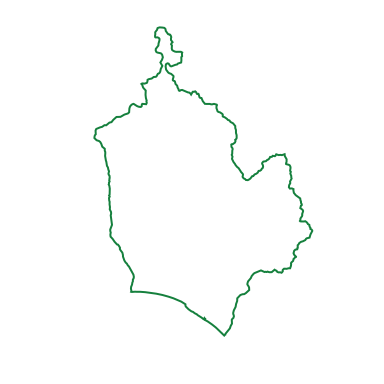 Chincha, Ica, Peru (Mercator projection), rotated 306°
{"feature_id": "86281439B74998142298356", "entity_name": "Chincha", "entity_type": "district", "adm_level": 2, "iso_a3": "PER", "parent_name": "Peru", "parent_adm1": "Ica", "projection": "mercator", "projection_center": [-75.886, -13.298], "detail": "fine", "context": "isolated", "style": "outline", "palette": "green", "viewbox_px": 384, "rotation_deg": 306, "n_neighbors": 0, "source": "geoboundaries", "source_scale": "gbopen_adm2", "svg_char_len": 5998}
<svg xmlns="http://www.w3.org/2000/svg" viewBox="0 0 384 384"><g transform="rotate(306 192 192)"><path d="M75.5,201.4L75.8,202.1L77.5,204.1L80.9,208.9L83.5,213.1L88.7,222.8L91.3,228.6L93.5,234.5L95.1,239.5L97.0,247.8L97.3,252.7L96.2,253.5L95.7,254.3L95.1,258.1L95.1,261.7L95.6,263.3L95.5,265.5L95.9,267.9L95.7,268.8L96.0,273.4L95.9,276.1L96.3,276.5L96.5,276.2L97.0,276.2L96.7,276.6L97.1,276.6L97.2,277.2L96.5,277.6L96.3,276.9L96.1,277.6L96.5,280.8L96.6,286.0L96.4,290.9L94.8,302.4L95.5,302.4L96.2,302.8L96.9,302.4L103.9,302.8L106.5,302.0L109.0,301.7L112.0,299.3L112.6,299.2L114.5,299.5L116.0,299.0L116.9,298.1L117.6,297.0L118.6,296.3L120.9,295.4L124.7,294.8L127.3,293.5L130.4,292.6L132.6,291.1L137.1,291.7L138.9,292.9L140.1,294.3L141.9,295.0L146.3,295.9L148.2,294.4L148.8,293.5L149.7,291.2L150.6,290.6L152.6,289.9L156.9,290.2L159.1,289.7L161.9,289.9L163.1,290.2L169.1,293.9L169.9,297.7L170.6,298.3L171.2,299.5L172.0,299.9L172.5,301.6L174.0,303.6L177.7,304.5L177.7,305.7L178.0,306.6L177.5,307.9L177.8,309.2L178.9,310.6L179.3,311.9L180.1,312.1L181.3,312.0L182.0,311.3L182.5,311.2L184.1,311.6L185.5,313.7L187.2,315.1L188.0,316.2L190.3,315.5L192.1,314.5L192.5,314.0L193.3,313.8L195.7,314.3L197.6,313.5L198.4,313.8L199.6,313.7L200.6,314.3L200.8,314.2L201.3,311.4L201.7,311.0L201.8,310.6L202.2,310.1L204.6,309.2L206.1,309.5L207.5,310.8L208.5,310.2L209.0,310.4L211.0,308.8L212.2,309.0L213.7,308.8L215.8,309.5L217.3,310.7L219.7,311.9L221.2,311.8L221.9,312.0L224.2,313.9L227.3,312.8L231.2,312.2L231.6,311.8L231.9,310.8L231.7,309.4L232.6,308.9L233.1,307.5L234.4,306.2L234.2,304.6L234.6,303.9L235.0,302.2L234.9,300.7L234.1,300.1L232.6,298.0L231.9,296.8L232.0,296.3L232.9,296.2L234.3,295.3L237.2,295.2L238.3,294.7L238.8,294.1L241.5,293.3L242.0,293.0L242.6,291.9L242.6,289.1L244.9,288.2L245.9,288.5L246.6,288.0L247.2,286.7L248.5,285.6L249.0,284.7L250.4,283.3L250.4,277.8L251.2,274.9L252.9,273.1L254.0,272.4L253.6,270.7L252.3,269.2L252.8,267.6L254.6,266.6L256.9,266.3L258.2,265.1L261.4,264.7L262.3,263.6L263.3,262.9L264.7,260.7L266.4,260.1L266.8,258.9L269.5,257.5L270.4,256.6L271.0,255.4L270.9,254.3L269.9,251.8L270.5,251.2L271.9,250.8L274.1,249.3L275.6,246.0L277.0,244.7L274.7,243.1L274.0,241.7L272.8,240.4L272.0,238.0L270.3,238.2L269.7,238.0L268.7,236.0L267.3,235.9L266.3,234.6L264.5,234.9L262.6,234.4L262.2,234.0L260.4,233.7L258.5,231.8L256.9,231.7L256.1,232.1L255.3,233.7L254.2,234.7L252.9,235.1L252.0,234.8L250.5,235.0L249.1,234.5L248.2,233.5L246.3,233.8L244.6,233.3L243.0,232.3L240.9,232.2L240.2,231.4L237.2,231.3L235.9,230.9L234.4,230.2L233.4,228.5L233.7,227.5L233.4,225.7L234.0,224.0L236.0,223.1L236.5,222.4L237.1,219.6L237.4,219.1L238.7,215.7L238.8,213.7L239.4,211.4L240.0,210.2L240.6,208.1L242.3,204.9L244.4,204.0L245.4,202.3L246.5,202.1L249.1,200.3L250.6,199.7L251.2,199.0L251.7,197.4L253.5,195.9L253.9,196.0L254.8,196.9L257.3,197.7L258.9,197.2L259.5,196.3L261.0,196.6L261.9,196.4L264.2,194.7L265.6,192.9L268.0,191.1L269.2,189.4L270.8,188.2L271.7,184.8L271.3,182.0L271.9,180.2L271.4,178.7L271.7,177.4L271.7,174.7L271.2,172.6L271.4,172.2L272.5,171.6L273.0,170.7L272.9,167.9L272.3,166.3L272.3,165.3L274.3,162.4L275.8,161.4L277.0,161.1L277.2,160.6L276.2,158.0L274.8,156.8L274.2,156.0L273.7,154.6L270.9,150.7L271.8,147.4L273.6,144.4L273.0,143.4L273.0,142.5L275.1,139.8L275.1,139.3L274.5,138.9L274.3,138.2L275.2,136.6L275.3,135.4L274.3,134.8L273.7,133.8L273.3,133.7L270.3,134.0L270.8,132.7L270.8,131.3L270.2,130.2L268.8,124.1L268.0,123.2L266.6,122.6L266.4,121.7L267.4,120.4L268.0,119.0L269.3,117.5L269.7,115.2L271.3,113.3L271.5,112.6L271.1,111.5L271.2,110.8L272.0,110.2L274.3,109.4L275.0,108.7L275.3,105.7L274.7,103.7L274.7,102.5L275.8,99.1L278.0,96.9L279.9,95.9L280.8,96.1L281.8,96.7L282.1,97.7L281.2,100.2L281.3,101.1L281.7,101.6L285.0,103.7L286.0,104.6L286.5,105.0L287.6,105.1L290.4,107.1L292.2,106.1L294.8,104.1L296.0,104.2L298.0,102.5L299.1,102.1L298.9,100.6L296.3,97.1L295.6,95.8L295.2,93.9L295.3,92.3L296.3,91.2L298.8,89.6L299.2,88.3L300.1,88.0L301.8,88.2L302.6,85.7L304.0,84.6L305.1,84.2L305.8,83.3L306.4,81.9L306.0,81.4L306.1,80.6L305.7,80.1L305.7,79.7L306.9,76.1L308.2,74.8L308.4,74.3L308.5,73.1L307.8,71.7L306.2,69.1L304.6,67.9L304.2,67.8L302.8,68.4L299.9,68.3L299.4,68.5L298.2,69.5L296.4,70.4L295.6,71.3L295.7,71.8L296.9,73.3L297.1,74.8L296.7,75.8L295.4,76.6L292.6,77.6L290.7,78.7L286.5,78.6L285.1,79.5L284.3,81.0L284.5,82.1L285.9,85.3L285.8,86.2L285.6,87.0L283.9,89.2L281.4,90.0L278.2,90.3L276.6,93.9L273.2,94.4L270.6,95.6L268.9,95.7L267.5,94.9L264.7,95.3L263.9,95.0L262.5,93.4L260.1,92.7L258.0,90.8L256.7,90.1L254.9,91.1L253.7,91.3L251.8,89.9L250.6,87.9L249.7,87.6L249.6,88.5L248.0,90.7L247.6,91.6L246.9,94.9L243.3,97.3L240.9,99.5L239.3,101.6L238.6,101.8L237.5,103.0L236.1,103.3L234.1,100.0L233.3,100.0L231.7,100.9L230.9,100.7L230.4,100.2L229.6,98.6L229.2,97.0L229.0,93.2L228.8,92.7L227.1,91.8L225.2,91.6L224.1,91.8L222.7,92.3L219.5,94.3L217.9,94.0L214.9,91.8L210.8,90.0L208.3,86.8L204.1,85.9L201.2,85.8L199.6,84.4L195.6,83.4L194.6,81.9L191.9,81.0L190.2,79.6L186.9,77.6L186.4,77.5L185.0,77.9L182.1,80.2L180.8,80.1L179.7,80.5L178.3,81.3L178.2,81.8L177.8,84.4L178.6,86.8L178.5,88.4L177.7,90.2L175.9,92.8L175.7,96.0L174.1,97.2L173.5,98.2L172.5,99.0L170.1,100.5L166.7,104.0L166.2,104.8L163.2,107.8L162.4,109.6L160.9,111.2L160.0,112.7L157.8,113.6L157.1,114.4L156.6,115.8L154.9,117.2L153.9,117.5L153.4,118.0L152.6,118.3L152.0,119.2L150.8,119.3L149.7,120.1L149.1,120.2L148.5,121.4L146.4,123.5L141.6,126.8L140.4,127.0L140.2,127.8L139.8,128.2L138.9,128.2L138.1,128.6L136.3,130.2L135.7,131.1L133.5,132.6L131.6,134.5L129.6,135.7L128.2,138.3L126.8,139.4L125.4,139.9L118.4,146.6L113.6,147.9L112.4,148.8L111.4,150.1L109.4,151.1L108.0,152.4L107.4,155.4L106.2,158.7L105.5,162.2L105.9,163.1L105.3,165.0L104.5,166.6L103.5,167.1L102.9,168.3L102.0,171.3L100.4,173.2L99.2,174.1L96.8,177.6L95.9,179.9L95.8,181.3L94.9,183.3L94.7,184.7L90.7,193.2L89.1,194.9L87.6,195.6L86.5,195.6L84.9,196.7L83.6,197.0L81.9,197.9L79.5,198.5L77.8,199.5L76.3,201.2L75.5,201.4Z" fill="none" stroke="#15803d" stroke-width="2"/></g></svg>